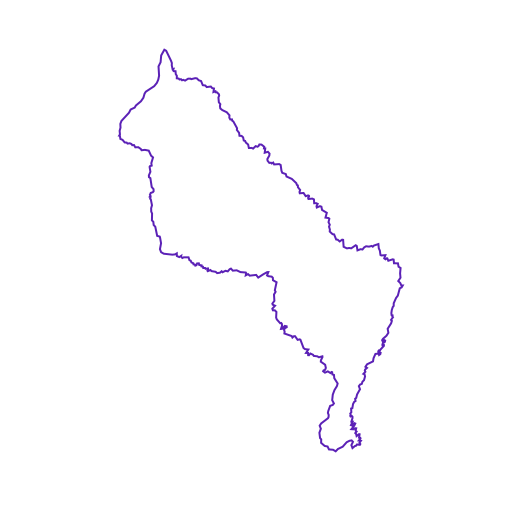 La Sierra, Cauca, Colombia, rotated 215°
{"feature_id": "7082276B53441696517759", "entity_name": "La Sierra", "entity_type": "district", "adm_level": 2, "iso_a3": "COL", "parent_name": "Colombia", "parent_adm1": "Cauca", "projection": "equal_earth", "projection_center": [-76.803, 2.2], "detail": "fine", "context": "isolated", "style": "outline", "palette": "violet", "viewbox_px": 512, "rotation_deg": 215, "n_neighbors": 0, "source": "geoboundaries", "source_scale": "gbopen_adm2", "svg_char_len": 6090}
<svg xmlns="http://www.w3.org/2000/svg" viewBox="0 0 512 512"><g transform="rotate(215 256 256)"><path d="M66.8,154.0L66.0,157.0L65.2,158.0L65.2,159.5L62.6,160.9L62.7,161.8L64.1,162.3L64.1,164.7L65.9,163.8L65.7,166.4L66.3,166.9L67.4,166.3L68.9,169.4L69.4,169.2L70.3,166.2L71.8,167.6L73.1,167.9L72.9,169.9L74.3,170.1L75.1,172.3L76.0,171.8L76.8,169.9L78.5,168.9L78.2,173.3L78.6,175.7L79.5,175.5L80.0,172.2L81.2,171.9L81.8,175.8L82.9,175.1L84.0,178.6L84.8,179.7L85.7,179.9L86.5,178.8L87.1,179.1L87.5,180.4L88.4,181.0L88.3,182.7L90.6,185.6L89.8,186.6L91.6,190.4L91.9,192.8L91.3,194.3L92.9,195.9L92.5,197.2L93.8,200.6L94.4,206.5L97.1,208.4L97.0,210.5L96.0,211.9L96.7,214.1L96.3,216.2L97.6,219.9L99.3,221.4L100.4,221.1L100.0,223.9L101.2,224.6L101.5,225.6L100.9,228.0L102.8,228.0L102.9,231.0L99.7,236.8L101.1,239.7L102.0,244.3L99.5,246.4L98.4,245.5L97.9,246.9L98.4,248.1L100.5,247.2L101.2,248.1L101.1,249.3L100.2,249.5L100.4,250.7L99.7,255.8L100.2,256.4L101.0,255.3L101.5,255.6L102.1,257.4L101.2,259.6L101.7,260.8L102.6,260.7L103.2,258.7L104.4,259.4L104.5,261.0L103.4,265.4L103.5,269.0L106.4,271.9L106.7,278.3L107.5,280.8L108.7,281.1L108.7,284.4L109.6,284.6L110.1,285.7L111.1,285.4L112.4,286.9L113.8,289.7L114.7,292.6L114.6,294.1L116.1,296.3L117.2,302.0L117.1,304.9L119.7,312.0L118.7,313.8L118.9,316.0L120.0,315.2L122.3,316.6L125.1,317.1L125.2,321.1L128.0,324.4L130.7,329.1L133.1,329.0L135.5,331.4L138.8,329.2L141.2,332.0L142.1,331.7L144.9,328.0L147.1,329.4L147.6,329.1L148.0,327.6L149.6,327.6L150.5,330.9L153.7,328.3L154.6,328.2L157.7,331.5L159.8,332.7L162.6,336.0L165.4,332.2L165.7,330.6L167.0,330.6L168.8,328.5L171.4,327.1L172.3,325.2L172.5,322.4L174.2,321.6L176.1,318.8L179.2,322.0L180.5,322.0L182.4,316.9L184.3,316.0L185.9,314.4L189.5,313.8L193.9,319.2L194.8,318.8L195.8,315.9L198.4,316.2L199.8,315.5L204.4,318.5L205.8,317.8L209.6,318.3L210.7,320.1L213.0,321.9L213.5,323.9L216.0,325.3L217.3,328.6L218.3,328.7L221.1,327.3L222.8,332.0L228.3,331.6L230.7,333.9L232.2,333.5L234.0,330.6L235.0,331.5L235.4,334.1L237.0,333.8L238.6,332.6L241.0,335.6L242.8,335.3L245.7,332.8L246.6,333.4L246.7,335.2L247.2,335.7L248.1,335.5L249.6,333.5L253.2,334.9L256.1,332.5L257.1,333.4L257.7,335.4L261.1,336.4L262.2,337.8L263.3,337.7L264.8,338.8L270.9,339.7L276.6,338.6L278.6,340.2L282.2,339.2L284.0,340.4L288.0,344.7L289.7,344.6L293.7,341.4L295.5,342.4L296.2,340.8L297.2,341.0L298.5,339.9L301.2,340.7L302.3,341.9L302.7,345.9L303.6,347.6L306.0,348.2L308.1,345.6L310.1,349.4L311.2,348.7L311.9,350.2L315.4,350.4L317.2,349.3L317.0,347.5L317.4,346.4L319.3,345.8L320.0,342.3L321.4,342.1L323.8,340.4L326.4,342.8L329.4,343.1L330.9,344.0L332.3,343.6L334.6,345.8L336.7,346.1L338.5,345.0L340.5,347.2L344.0,348.3L344.8,349.8L351.7,353.2L353.1,353.2L354.0,354.1L355.4,353.1L357.2,354.0L358.4,356.0L362.4,357.0L367.3,356.2L369.9,356.4L371.6,358.2L372.3,359.9L374.6,360.6L377.7,364.3L378.2,366.3L379.1,367.2L381.8,367.7L382.9,367.0L383.7,367.7L384.9,365.9L386.5,369.1L388.2,368.4L390.2,368.9L393.3,366.1L395.3,366.6L397.6,365.4L401.3,367.8L403.7,367.1L406.3,367.6L407.8,366.8L410.5,363.7L411.4,363.7L413.3,362.3L414.7,359.0L416.6,358.6L417.4,357.5L418.9,357.8L419.9,356.7L421.1,357.0L422.8,356.1L424.2,358.2L426.1,359.0L427.9,361.2L429.5,360.2L430.6,360.7L430.9,361.9L431.5,361.2L434.4,363.9L435.6,365.8L437.6,367.2L447.3,372.6L449.4,372.4L448.7,365.9L445.3,360.0L444.6,355.4L438.8,348.1L437.2,344.4L436.5,340.9L436.8,336.7L440.5,327.4L440.4,325.1L439.0,321.0L439.0,316.7L440.7,310.4L440.5,308.0L442.7,304.1L442.2,300.5L443.7,289.5L442.9,286.4L440.6,283.4L439.5,280.3L437.2,277.6L437.1,276.2L436.6,276.5L434.2,274.1L432.0,274.6L428.7,273.7L427.0,274.7L425.7,274.4L424.1,275.9L422.3,276.3L420.9,275.8L419.6,276.9L417.2,275.8L414.8,277.6L411.8,277.6L410.4,277.0L407.9,279.2L404.3,280.8L399.5,278.0L396.9,277.7L395.0,272.0L393.3,270.2L394.4,268.8L394.3,268.0L390.8,264.4L390.0,260.6L388.9,259.2L387.2,259.2L381.0,252.7L378.3,252.0L377.0,250.3L377.1,249.1L378.4,247.3L378.0,245.3L377.0,244.8L377.0,243.6L376.2,243.8L375.6,242.2L374.6,242.0L370.3,237.9L369.3,235.0L367.3,232.3L365.5,231.2L361.7,225.5L359.7,225.1L357.6,222.7L355.3,222.2L348.5,215.8L346.0,216.7L345.3,216.2L341.1,212.0L338.6,206.5L335.9,204.7L332.8,205.0L325.3,209.1L323.2,210.9L322.4,212.7L320.8,210.6L318.2,211.1L317.4,213.1L317.2,212.6L315.2,212.1L314.4,213.5L310.5,216.2L308.1,214.4L306.8,214.7L305.2,213.7L303.2,214.1L302.4,213.3L301.2,213.9L300.2,213.3L299.5,214.3L300.0,216.1L298.6,217.2L297.4,216.1L295.2,217.1L294.7,216.2L293.3,216.8L292.3,215.9L290.8,217.0L290.0,216.6L288.2,218.3L287.7,217.8L287.4,216.1L286.8,215.9L285.3,218.4L283.8,218.1L280.0,219.9L278.0,219.7L275.9,221.7L275.4,223.8L274.1,223.5L272.5,226.4L270.3,227.2L270.0,230.1L269.3,231.3L266.6,230.7L263.6,233.2L259.5,233.9L254.9,236.6L254.2,236.3L253.3,234.3L252.1,236.6L249.9,236.3L245.0,240.6L241.8,239.6L239.5,245.3L237.6,249.2L236.7,249.9L235.8,246.4L234.4,246.5L231.3,248.1L229.7,247.8L228.2,245.9L224.1,246.3L220.9,238.7L219.4,237.9L219.2,234.8L215.2,229.8L215.3,226.4L214.4,225.7L211.9,226.2L212.4,222.2L211.0,221.2L209.4,222.3L207.2,221.9L204.2,217.1L202.6,216.0L197.6,214.8L196.9,215.6L195.8,215.2L194.7,213.8L193.7,210.6L192.8,211.4L192.4,215.2L190.6,216.0L190.0,215.3L190.9,213.4L190.7,211.6L189.2,210.5L188.3,208.8L180.8,210.9L179.4,210.1L178.9,212.1L178.0,212.7L173.8,211.2L172.4,212.8L171.6,212.9L164.3,207.9L162.5,207.8L159.5,209.4L159.4,205.3L157.7,206.4L156.4,204.7L155.7,205.1L155.5,207.3L152.6,207.8L151.4,207.3L148.2,209.0L146.4,209.1L144.1,211.9L143.6,211.4L143.0,207.8L142.3,206.6L137.0,206.6L134.6,204.4L134.1,202.4L135.0,201.1L134.9,200.1L132.6,200.0L131.0,202.7L127.9,202.8L127.6,204.3L127.0,204.5L125.5,202.8L123.9,203.3L121.8,200.8L116.0,198.4L115.1,195.9L114.8,191.1L113.6,186.5L110.9,181.6L107.6,179.9L107.7,178.0L109.3,175.8L107.9,170.5L107.1,168.7L105.3,167.5L104.2,165.7L104.0,164.4L106.6,156.2L106.5,153.5L103.8,151.7L102.7,147.6L99.1,143.6L97.4,143.2L95.5,140.3L90.8,139.8L88.1,141.0L85.3,139.4L81.7,141.5L78.7,141.7L78.2,144.9L75.6,149.5L74.9,155.5L73.4,158.3L71.9,159.8L70.0,159.4L69.4,155.8L66.8,154.0Z" fill="none" stroke="#5b21b6" stroke-width="2"/></g></svg>